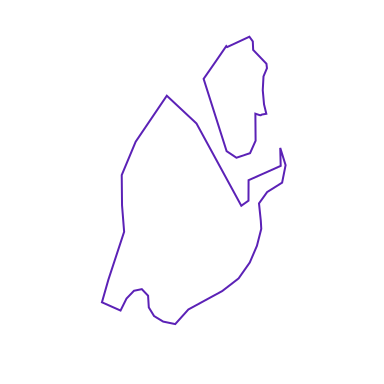 the Municipality of Herceg Novi, rotated 234°
{"feature_id": "MNE-1506", "entity_name": "Herceg Novi", "entity_type": "Municipality", "adm_level": 1, "iso_a3": "MNE", "parent_name": "Montenegro", "parent_adm1": "", "projection": "orthographic", "projection_center": [18.544, 42.482], "detail": "fine", "context": "isolated", "style": "outline", "palette": "violet", "viewbox_px": 384, "rotation_deg": 234, "n_neighbors": 0, "source": "natural_earth", "source_scale": "10m", "svg_char_len": 825}
<svg xmlns="http://www.w3.org/2000/svg" viewBox="0 0 384 384"><g transform="rotate(234 192 192)"><path d="M146.6,270.4L147.8,252.8L143.4,239.5L128.2,230.7L121.5,226.4L110.3,212.9L101.0,197.3L94.7,178.9L94.1,158.3L99.1,120.0L95.0,100.8L104.1,92.5L113.9,88.4L124.0,89.2L133.9,95.5L142.9,94.3L146.2,87.0L144.3,76.4L138.1,64.5L155.7,54.3L170.2,72.8L199.7,113.7L222.4,127.6L247.0,145.1L265.8,176.0L284.7,228.2L244.8,235.9L151.9,223.8L151.8,232.6L168.3,244.7L161.0,279.1L175.8,289.3L158.7,283.5L146.6,270.4ZM288.6,305.6L283.9,329.7L278.1,329.7L271.0,325.0L252.0,327.6L248.1,325.4L243.5,317.8L232.8,309.1L220.6,301.8L211.6,298.1L213.6,294.0L213.7,292.7L214.6,291.8L218.1,289.3L196.1,273.6L189.3,261.8L193.6,248.1L204.7,244.0L276.7,267.9L283.8,288.3L289.9,305.5L288.6,305.6Z" fill="none" stroke="#5b21b6" stroke-width="2"/></g></svg>